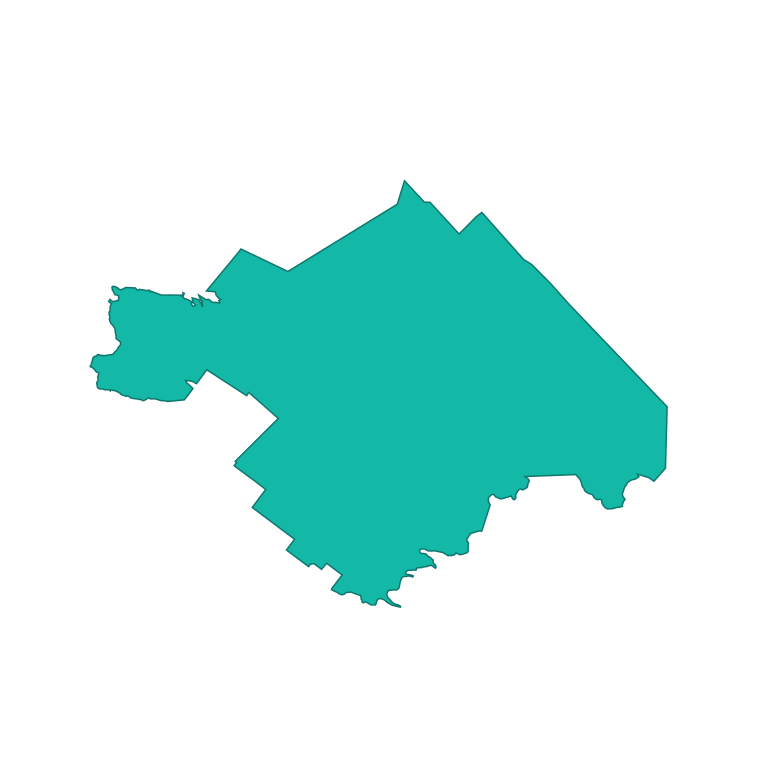 outline of Gómez Farías, Chihuahua, Mexico, rotated 307°
{"feature_id": "50627088B93655982801806", "entity_name": "Gómez Farías", "entity_type": "district", "adm_level": 2, "iso_a3": "MEX", "parent_name": "Mexico", "parent_adm1": "Chihuahua", "projection": "equal_earth", "projection_center": [-107.821, 29.346], "detail": "fine", "context": "isolated", "style": "filled", "palette": "teal", "viewbox_px": 768, "rotation_deg": 307, "n_neighbors": 0, "source": "geoboundaries", "source_scale": "gbopen_adm2", "svg_char_len": 6159}
<svg xmlns="http://www.w3.org/2000/svg" viewBox="0 0 768 768"><g transform="rotate(307 384 384)"><path d="M558.6,278.1L535.6,286.4L416.0,239.5L405.7,188.5L401.5,188.5L351.4,186.2L356.1,193.7L354.1,196.2L353.5,198.0L353.1,199.6L353.0,202.2L353.3,202.7L351.2,201.9L350.3,204.0L349.0,202.9L348.9,202.0L345.7,197.3L346.0,196.4L346.1,193.9L345.8,192.5L345.6,192.3L344.3,191.6L343.5,182.5L341.8,185.2L341.7,186.4L340.7,186.7L340.9,189.3L339.7,189.2L338.8,190.8L336.8,192.4L336.5,192.0L336.9,191.8L339.9,185.4L337.3,178.9L334.6,182.2L334.1,183.4L333.5,186.2L332.5,185.8L331.2,185.0L331.3,183.7L332.0,181.7L332.5,181.4L333.2,181.9L334.1,181.1L333.0,175.4L332.1,173.2L332.6,170.9L336.3,169.9L335.9,168.5L334.4,169.7L333.6,169.2L332.8,169.3L332.1,168.9L332.5,168.1L332.4,167.9L326.4,159.7L321.6,153.5L321.0,152.4L318.7,144.9L318.0,142.1L317.0,142.0L316.9,140.8L317.7,140.2L315.1,137.3L315.2,137.2L314.7,136.0L312.4,131.7L310.4,130.7L311.1,127.8L310.8,127.2L305.8,119.8L300.6,117.1L300.6,116.2L300.2,115.1L300.4,113.9L300.3,111.8L299.1,109.1L298.6,108.5L297.6,108.5L295.7,110.4L294.7,112.9L293.4,115.5L294.1,116.7L294.7,119.0L291.2,121.6L287.0,118.4L286.6,117.6L286.6,114.2L284.1,114.5L284.1,117.9L280.9,118.7L276.8,121.7L276.0,121.1L273.7,123.1L272.0,125.3L271.1,125.3L270.3,125.8L269.1,127.4L268.1,129.5L267.2,133.4L266.8,134.6L266.3,135.7L265.6,136.5L264.2,137.7L262.8,139.1L262.3,140.3L261.9,140.7L261.4,140.7L260.4,141.7L259.1,142.5L258.9,148.4L258.7,148.9L258.2,148.9L256.8,149.8L255.5,150.0L253.5,149.7L251.5,150.2L250.0,150.0L249.1,150.1L247.5,149.7L245.3,149.7L244.2,149.4L239.5,144.6L238.3,143.7L237.1,141.4L236.2,140.6L236.0,140.0L236.1,139.1L235.4,137.9L234.8,137.5L233.2,137.6L232.5,136.7L231.6,136.1L230.6,135.9L229.6,135.9L227.6,136.7L226.8,137.3L225.7,137.4L224.8,137.7L223.1,138.7L221.8,138.5L221.0,139.0L221.3,139.7L221.5,140.6L221.6,142.9L220.7,146.3L220.5,147.3L221.1,148.8L220.8,149.7L220.3,150.2L217.3,151.0L215.5,153.3L214.4,153.5L212.0,153.8L208.8,157.3L208.7,158.5L208.8,159.4L209.6,160.9L210.7,162.3L211.6,165.1L212.6,165.8L213.7,167.8L213.8,169.4L214.4,168.9L214.9,169.4L215.4,170.3L215.5,171.0L216.9,173.3L216.9,174.1L217.1,174.5L217.5,176.6L217.7,176.8L217.6,177.5L217.8,179.1L217.4,179.8L217.6,181.5L219.0,185.5L219.4,186.1L220.0,186.3L220.5,186.8L220.5,187.8L220.6,188.5L220.5,190.3L222.3,193.9L223.7,196.0L224.0,197.3L225.2,199.0L225.4,199.7L225.4,200.7L225.7,201.6L226.2,202.1L228.5,203.3L231.1,204.0L231.6,206.5L234.5,210.3L236.5,215.9L238.7,219.0L239.9,221.8L251.2,234.1L261.3,234.2L265.5,234.1L266.2,226.2L266.3,225.6L266.9,225.0L267.3,223.6L269.3,226.2L270.5,228.9L271.1,230.7L271.1,232.7L271.5,234.1L288.7,233.9L292.0,281.3L295.9,281.1L292.9,320.3L232.7,311.7L232.6,313.5L228.6,313.4L228.5,315.0L228.8,340.1L228.6,353.0L206.1,353.1L206.2,406.0L192.7,406.0L192.8,433.7L195.8,433.7L198.4,436.1L198.4,445.7L206.3,446.1L206.3,465.5L189.6,465.4L188.7,465.6L188.1,466.0L189.4,472.2L189.5,474.4L189.8,476.0L190.6,477.5L192.2,478.7L194.2,479.2L195.1,479.6L198.0,483.0L199.7,489.1L201.0,492.3L200.3,493.6L198.5,495.1L198.1,496.5L196.8,497.6L196.7,499.2L198.3,499.8L199.1,501.1L199.8,506.7L202.6,510.2L207.2,508.6L209.6,509.0L209.9,509.8L210.1,509.9L210.8,510.9L211.5,513.1L211.8,514.7L211.5,517.3L212.0,522.5L212.8,525.1L213.3,526.0L214.5,529.1L214.8,529.5L215.7,531.4L216.4,531.1L216.3,529.7L216.0,527.5L215.2,526.5L215.0,525.6L214.7,524.0L214.7,522.1L214.8,520.5L215.2,519.6L215.7,516.2L216.0,515.2L216.9,513.6L217.7,512.7L220.0,512.0L222.4,512.0L222.7,512.9L224.9,515.0L227.0,517.9L227.5,518.2L229.2,518.7L230.0,518.7L231.9,518.0L234.9,516.4L237.5,515.5L238.5,515.2L240.6,515.0L241.7,515.3L242.4,515.8L243.2,517.1L244.8,518.5L246.0,519.9L247.1,522.9L247.5,523.2L248.3,522.9L248.3,522.5L247.0,519.0L245.6,516.5L245.4,515.6L245.6,515.1L246.0,514.8L247.0,514.7L247.9,514.7L249.3,515.1L250.8,516.7L251.9,518.3L253.2,519.5L254.2,521.1L254.7,521.6L255.5,521.5L256.0,521.2L256.2,520.8L256.8,520.8L257.7,521.9L259.1,523.2L259.3,523.7L260.0,524.6L261.7,525.6L263.2,527.3L264.5,528.4L267.3,530.3L267.7,531.4L267.8,535.8L268.0,536.0L268.8,535.8L269.8,535.1L270.1,534.5L270.8,531.2L271.2,530.5L271.7,529.8L272.9,529.3L273.3,525.2L272.9,523.2L273.5,519.8L272.4,517.5L271.3,516.1L271.1,515.2L271.4,513.7L271.9,513.1L272.4,512.7L273.1,512.5L273.6,512.5L274.9,513.5L275.9,514.5L276.5,515.5L276.7,516.2L277.1,518.1L277.2,519.3L277.4,520.0L278.2,520.8L279.5,523.0L280.0,523.3L281.0,524.4L284.3,531.3L284.9,532.1L285.0,532.6L284.8,533.4L285.3,535.7L285.3,538.1L285.6,538.8L286.7,539.2L287.2,540.9L288.4,541.6L288.7,542.1L289.2,542.6L289.7,542.9L290.9,543.1L292.0,543.1L292.2,543.7L292.7,544.1L293.0,545.5L293.1,546.8L294.5,548.6L296.2,549.7L297.6,550.9L300.1,552.1L301.6,551.5L303.6,549.8L307.8,547.2L308.2,546.5L308.4,545.0L309.8,543.5L316.6,543.1L323.8,548.3L325.2,550.5L326.4,550.3L338.2,546.1L339.6,545.7L349.3,542.2L351.1,541.7L351.6,541.0L353.1,538.1L356.1,535.8L359.9,536.4L360.8,536.8L361.6,537.9L361.7,538.4L361.0,541.4L361.4,542.4L362.4,546.3L364.2,547.9L371.1,553.0L369.7,555.9L369.8,557.5L370.4,557.9L372.5,557.8L374.3,556.1L376.0,555.5L381.0,555.3L382.1,556.1L382.7,556.9L382.9,557.5L382.7,558.2L384.0,559.1L387.3,560.5L388.0,560.5L388.3,560.1L389.2,560.0L389.8,559.5L390.6,559.1L391.5,559.0L392.4,558.5L393.9,558.5L394.9,556.7L395.0,552.3L427.1,591.7L426.3,595.2L426.0,597.4L425.6,598.3L424.0,600.9L422.1,603.1L421.4,604.7L421.1,605.5L421.1,606.5L420.2,607.4L419.7,608.3L419.4,609.2L419.5,611.5L419.8,613.6L420.8,616.1L421.0,617.5L419.8,619.7L419.6,622.4L419.7,623.4L420.2,624.3L421.7,625.7L422.0,626.7L422.2,627.9L420.8,628.9L419.8,630.1L419.2,631.5L418.3,635.3L418.6,637.3L420.4,639.8L422.6,642.1L425.6,644.3L427.1,646.0L429.8,648.1L430.9,647.1L433.2,646.3L434.6,646.0L437.0,645.9L437.7,643.2L438.5,641.8L439.2,640.9L440.2,640.3L442.5,639.7L444.0,639.0L446.9,638.2L449.4,638.3L452.8,637.8L453.6,638.5L454.8,638.6L456.6,639.7L458.9,641.6L460.0,642.2L461.4,642.8L463.4,643.3L463.6,642.5L464.4,640.8L465.4,643.0L468.7,652.1L468.8,658.1L486.1,659.5L536.2,623.8L558.9,484.7L564.5,456.5L568.3,430.2L567.5,420.5L579.9,358.9L573.2,357.0L549.0,353.7L556.8,311.4L553.5,306.8L558.6,278.1Z" fill="#14b8a6" stroke="#0f766e" stroke-width="1.5"/></g></svg>